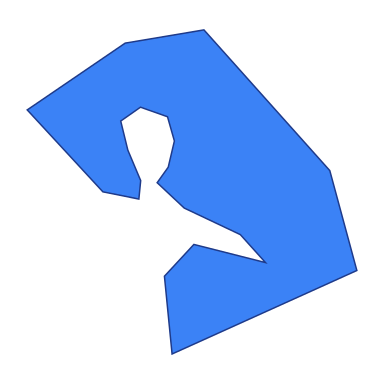 map outline of Dagupan (Natural Earth projection), rotated 271°
{"feature_id": "PHL-5541", "entity_name": "Dagupan", "entity_type": "Independent Component City", "adm_level": 1, "iso_a3": "PHL", "parent_name": "Philippines", "parent_adm1": "", "projection": "natural_earth1", "projection_center": [120.332, 16.046], "detail": "fine", "context": "isolated", "style": "filled", "palette": "blue", "viewbox_px": 384, "rotation_deg": 271, "n_neighbors": 0, "source": "natural_earth", "source_scale": "10m", "svg_char_len": 432}
<svg xmlns="http://www.w3.org/2000/svg" viewBox="0 0 384 384"><g transform="rotate(271 192 192)"><path d="M29.7,174.9L107.3,165.9L139.6,194.8L122.7,266.7L150.2,241.1L175.8,184.5L200.7,157.0L216.4,167.8L242.7,173.5L266.8,166.2L275.9,139.0L261.7,119.5L232.8,127.1L202.5,140.5L184.0,139.0L190.6,102.9L271.2,25.8L339.7,122.6L354.3,201.1L215.8,329.4L116.4,358.2L29.7,174.9Z" fill="#3b82f6" stroke="#1e3a8a" stroke-width="1.5"/></g></svg>